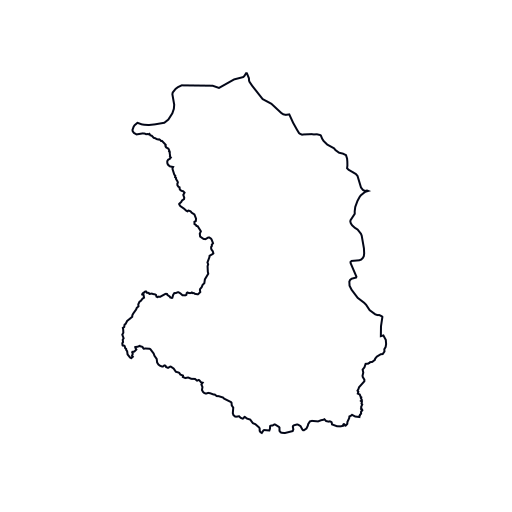 Santiago de Pillaro, Tungurahua, Ecuador, rotated 301°
{"feature_id": "8360857B6057709742750", "entity_name": "Santiago de Pillaro", "entity_type": "district", "adm_level": 2, "iso_a3": "ECU", "parent_name": "Ecuador", "parent_adm1": "Tungurahua", "projection": "robinson", "projection_center": [-78.483, -1.116], "detail": "fine", "context": "isolated", "style": "outline", "palette": "ink", "viewbox_px": 512, "rotation_deg": 301, "n_neighbors": 0, "source": "geoboundaries", "source_scale": "gbopen_adm2", "svg_char_len": 6141}
<svg xmlns="http://www.w3.org/2000/svg" viewBox="0 0 512 512"><g transform="rotate(301 256 256)"><path d="M151.8,413.2L153.6,416.3L155.4,418.2L156.5,417.6L157.1,417.8L157.3,418.4L156.6,420.0L157.0,420.3L159.1,420.7L160.9,419.8L165.0,419.4L166.6,418.7L167.9,419.6L169.3,420.1L169.5,423.7L171.2,427.5L172.0,427.0L172.7,427.3L173.4,426.9L175.0,427.3L176.4,426.3L178.6,426.6L178.9,426.2L178.7,425.2L179.0,424.8L179.6,425.0L180.6,423.9L183.5,423.5L183.8,422.5L185.6,421.9L185.8,420.6L187.0,421.0L188.3,419.0L189.1,419.0L189.2,418.2L190.7,416.3L190.5,414.1L192.4,413.6L192.8,412.4L195.0,412.3L196.5,411.9L204.4,413.4L205.8,412.6L207.3,409.8L208.2,409.0L211.3,408.0L213.6,405.9L216.4,406.3L220.0,405.5L221.5,407.6L222.1,407.7L222.6,408.3L223.7,408.4L225.1,410.2L228.3,411.4L229.3,411.0L232.0,411.4L236.0,413.5L237.2,415.1L240.3,415.3L242.2,414.0L244.7,414.0L247.5,412.9L250.9,410.5L253.5,406.1L251.6,404.3L260.2,399.3L268.9,395.7L269.1,394.9L268.9,392.2L267.9,390.5L267.4,388.2L268.1,381.3L270.9,375.5L271.6,372.8L272.5,364.7L276.3,355.3L278.7,351.5L282.1,349.2L284.0,349.0L285.8,349.7L289.1,352.9L290.0,352.7L298.6,340.8L299.5,340.1L301.0,340.5L305.5,346.7L307.1,348.0L309.4,348.6L311.4,348.5L313.9,347.4L318.1,344.6L327.9,336.1L329.1,334.5L331.0,329.5L331.1,326.1L331.8,322.6L332.8,320.5L334.1,319.1L335.3,318.6L343.0,318.9L345.1,317.6L349.2,315.8L355.5,314.6L360.1,314.4L362.0,314.6L366.1,316.1L367.4,316.7L369.5,318.6L369.3,317.4L367.9,316.0L367.7,313.6L368.8,310.7L376.9,301.8L377.7,299.4L377.6,291.0L378.1,288.9L380.7,287.7L383.9,285.7L386.4,283.9L388.8,281.2L388.5,277.7L387.3,274.0L387.7,269.6L388.5,267.4L388.2,259.7L389.4,254.7L390.6,252.3L392.7,249.5L392.7,248.6L391.7,245.5L390.0,243.0L389.1,240.9L384.7,234.2L383.7,233.0L383.4,230.7L383.5,229.6L385.4,226.0L389.3,219.2L394.5,211.6L392.3,208.8L391.5,206.4L391.6,204.0L394.4,190.8L393.9,180.9L399.9,165.1L402.0,160.6L402.9,159.6L404.7,158.4L407.9,154.1L407.6,153.4L404.2,153.3L402.8,152.9L396.1,146.3L381.0,137.7L379.6,131.1L364.0,104.4L360.5,102.1L357.8,101.0L353.3,100.4L351.6,101.0L343.5,108.0L339.8,109.8L335.2,110.8L327.8,110.6L323.0,108.8L316.8,101.6L313.0,96.6L310.9,92.5L310.0,90.3L309.1,85.8L305.6,84.6L303.9,84.5L300.4,85.2L299.4,86.1L298.6,88.0L298.7,91.0L302.7,95.7L303.6,97.5L303.8,99.1L304.7,100.2L304.8,101.0L305.8,101.7L305.0,103.3L305.4,104.7L304.6,107.5L305.1,109.2L305.0,110.5L305.6,112.5L306.1,112.8L306.1,114.1L305.7,115.4L306.2,116.2L304.8,121.3L303.9,121.5L303.7,122.1L303.2,122.2L302.8,123.1L302.9,125.6L301.7,127.4L301.0,127.5L300.7,128.6L300.3,128.6L297.7,130.7L297.2,130.8L296.5,132.3L295.7,131.9L294.9,132.1L293.3,131.1L291.6,131.1L290.0,132.1L289.1,133.2L289.1,133.8L288.7,134.1L288.5,136.1L289.6,139.1L288.3,139.2L287.4,139.8L283.7,144.0L283.1,145.6L281.9,146.0L281.7,147.3L280.8,147.8L279.4,150.5L278.7,151.2L277.3,151.4L276.1,152.3L275.4,153.9L275.5,155.1L274.1,156.1L273.5,157.4L273.6,159.0L274.0,160.3L273.5,162.1L270.9,162.2L269.0,164.5L267.7,165.0L265.5,164.0L263.8,164.1L261.2,163.3L260.7,163.6L259.8,165.4L259.5,170.0L258.9,172.9L259.0,174.3L260.1,174.6L260.5,176.1L260.5,177.3L260.0,178.4L259.9,181.8L257.1,185.4L255.0,186.4L253.6,185.6L251.7,186.8L251.6,188.7L251.1,189.5L251.5,190.7L248.8,196.0L246.2,196.3L243.9,198.1L243.6,202.2L244.4,204.0L247.2,205.5L247.8,206.4L247.7,208.5L247.3,209.4L244.8,212.6L242.9,212.3L241.9,213.0L240.6,212.9L239.2,213.8L238.6,214.5L237.8,216.5L236.3,218.1L235.5,217.9L232.3,216.1L230.9,216.7L225.5,217.7L224.2,219.3L222.4,219.7L217.7,222.8L216.2,224.2L209.7,224.2L206.1,225.7L203.8,225.1L201.2,225.5L199.0,225.1L198.0,225.4L196.4,226.8L193.6,226.1L193.2,225.9L192.1,223.1L192.2,221.8L191.5,220.7L191.7,219.8L190.7,219.3L189.7,217.6L189.4,216.0L188.6,215.7L186.8,216.3L185.9,215.7L184.5,213.2L185.0,210.5L185.0,208.2L184.6,207.6L182.9,206.3L182.2,205.1L180.1,205.0L177.1,205.8L176.7,205.5L176.3,203.8L176.8,203.1L177.0,200.1L177.6,199.4L177.5,198.9L176.9,197.9L171.6,194.8L170.9,193.3L170.0,192.8L169.9,191.6L171.1,190.4L171.1,189.2L170.4,187.5L170.1,186.0L168.6,184.2L169.1,183.0L168.3,181.5L169.0,180.2L168.8,179.7L168.1,179.1L167.1,179.1L166.7,178.5L165.2,178.1L164.4,178.3L164.7,179.7L162.6,181.5L161.0,180.7L158.3,180.4L156.8,179.7L153.9,180.0L152.3,181.2L150.1,180.5L148.4,180.8L143.5,180.4L141.6,180.5L140.1,181.2L134.0,179.0L130.7,179.2L129.5,178.7L127.2,179.6L125.8,178.9L124.6,180.0L121.9,181.8L119.7,181.9L117.3,184.9L115.6,184.9L113.7,186.4L112.4,186.3L110.8,187.5L110.6,187.9L111.2,189.0L111.1,189.9L109.6,191.4L109.5,192.5L108.6,193.2L108.0,194.6L105.5,196.6L104.1,200.3L104.2,201.7L106.2,202.3L106.6,201.1L108.5,200.8L109.3,200.2L109.5,199.6L110.2,199.4L111.4,200.9L114.2,201.6L115.3,199.7L115.8,199.4L117.3,201.3L119.1,202.6L118.9,203.1L119.5,204.8L119.5,205.8L118.8,207.0L118.7,207.6L119.7,208.7L121.7,212.6L121.7,213.5L119.7,218.5L118.2,220.3L116.6,223.9L113.8,226.1L112.7,228.3L112.5,230.3L112.9,232.5L113.4,233.2L115.0,233.8L115.3,234.5L115.1,235.4L114.5,236.1L114.8,238.2L117.1,239.5L117.3,240.1L117.1,243.4L115.5,246.9L116.2,249.5L116.3,250.4L115.4,252.2L115.9,255.0L114.6,255.6L115.0,258.3L116.9,260.4L117.4,263.8L119.2,267.0L118.8,269.7L120.2,270.7L120.3,271.4L119.4,274.0L119.9,275.5L117.7,275.4L116.1,277.6L113.3,278.7L112.2,280.6L111.9,282.2L112.3,284.0L114.1,285.6L114.8,287.6L115.4,290.9L116.0,292.0L115.7,294.5L116.6,296.1L117.7,300.6L117.3,302.1L117.9,309.8L117.6,310.6L115.4,312.2L114.3,314.6L109.3,317.1L108.0,318.6L107.6,320.8L108.2,322.0L109.9,324.0L109.4,326.2L109.7,328.3L110.3,328.8L112.2,329.0L112.3,329.3L112.0,332.0L112.8,335.3L111.1,339.4L111.5,342.1L110.6,347.0L110.1,347.9L108.0,349.2L107.3,350.6L107.3,352.1L110.1,352.2L111.0,352.6L113.3,357.3L115.2,356.9L117.5,355.7L118.5,356.3L119.2,357.5L121.1,358.5L121.4,359.3L121.3,363.8L121.0,364.5L118.2,366.2L117.5,368.0L117.8,369.3L119.1,371.9L124.8,377.6L126.6,377.3L128.6,375.5L129.5,375.3L130.5,375.8L132.8,378.0L133.1,379.2L133.1,381.8L131.2,385.0L130.9,386.0L131.3,386.8L134.1,388.1L137.3,387.8L138.8,387.3L142.0,387.4L143.5,388.9L146.2,394.4L148.8,396.4L150.3,398.1L151.3,398.7L150.6,401.1L151.5,403.7L152.3,404.4L152.5,405.7L152.4,406.5L150.8,407.9L151.8,413.2Z" fill="none" stroke="#020617" stroke-width="2"/></g></svg>